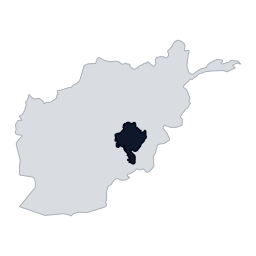 Ghazni on a map of Afghanistan (Natural Earth projection)
{"feature_id": "AFG-1757", "entity_name": "Ghazni", "entity_type": "Province", "adm_level": 1, "iso_a3": "AFG", "parent_name": "Afghanistan", "parent_adm1": "", "projection": "natural_earth1", "projection_center": [67.708, 33.141], "detail": "fine", "context": "in_parent", "style": "filled", "palette": "ink", "viewbox_px": 256, "rotation_deg": 0, "n_neighbors": 0, "source": "natural_earth", "source_scale": "10m", "svg_char_len": 7596}
<svg xmlns="http://www.w3.org/2000/svg" viewBox="0 0 256 256"><path d="M109.9,61.7L115.4,61.2L119.1,61.9L121.1,63.8L123.0,64.3L124.9,63.4L126.1,63.2L126.5,63.8L127.5,64.1L128.9,64.0L129.7,64.5L129.9,65.7L131.0,67.1L132.9,68.9L134.6,69.3L136.9,67.9L137.6,68.1L138.0,67.7L138.2,66.7L139.6,65.7L142.1,64.8L143.5,64.0L144.0,63.4L144.8,63.2L145.7,63.4L146.4,63.1L146.9,62.2L147.7,61.9L148.5,62.1L151.9,65.3L153.2,66.3L153.9,66.1L155.6,64.3L155.8,62.7L155.3,60.6L155.6,59.0L156.7,57.7L158.8,56.9L161.8,56.6L163.7,56.8L164.4,57.4L165.3,57.8L166.5,57.9L167.5,57.1L168.5,55.5L168.5,53.6L167.6,51.3L167.9,50.5L169.4,49.3L171.0,47.6L172.5,45.3L174.0,42.6L175.9,40.9L178.1,40.2L180.7,41.0L183.9,43.1L185.1,45.8L184.4,48.9L184.4,50.6L185.0,50.9L188.6,50.3L189.1,50.8L189.1,51.7L188.5,53.0L187.9,56.7L186.9,65.9L188.5,71.4L189.6,73.5L190.7,74.2L191.7,74.5L192.8,74.3L194.9,72.9L198.2,70.3L201.4,68.7L206.0,67.8L207.5,65.0L209.6,63.2L214.5,60.5L217.1,59.4L218.7,59.3L222.4,60.3L222.6,61.1L222.4,62.0L221.3,62.7L221.0,63.3L221.4,63.7L222.9,63.9L229.4,62.0L230.8,60.3L232.1,60.3L234.9,61.0L237.0,60.7L238.1,61.5L240.6,63.9L239.8,64.0L238.7,63.5L238.1,62.7L235.5,63.8L232.6,65.3L232.7,65.7L235.3,67.9L230.0,70.4L227.6,71.7L227.0,71.8L223.3,70.5L213.2,70.9L205.5,71.7L202.6,72.9L199.7,73.5L198.3,74.1L197.4,75.4L193.2,78.3L192.4,79.3L190.0,79.3L187.6,82.0L184.0,85.3L183.3,86.9L183.9,87.7L185.8,88.9L186.7,90.0L188.0,93.2L188.6,95.5L189.5,96.5L189.9,99.1L189.1,100.7L189.1,101.5L190.3,103.5L190.0,104.1L189.2,105.1L187.8,107.7L185.3,109.6L184.2,111.3L182.5,113.2L181.7,114.8L181.0,115.7L180.2,116.1L180.4,117.0L181.1,118.1L182.3,119.3L182.2,124.1L181.6,125.4L178.4,126.8L175.4,127.3L171.6,127.4L170.2,127.2L165.0,125.4L163.4,126.3L163.0,128.4L166.0,131.8L167.3,133.8L168.6,137.0L169.7,138.6L169.3,140.2L163.9,143.6L160.5,143.9L158.4,144.5L157.3,145.4L156.6,149.0L155.8,150.4L155.9,151.9L155.1,153.7L154.1,154.9L153.3,156.8L153.9,166.4L150.8,170.2L149.1,171.6L147.5,172.3L146.1,172.0L144.3,169.8L143.1,169.0L141.9,169.2L140.7,169.9L138.7,169.7L137.1,168.9L136.2,169.0L135.7,169.8L133.9,171.4L129.6,173.9L127.8,174.1L127.0,174.7L127.3,175.8L128.1,176.6L129.5,177.2L129.5,177.9L127.3,179.2L125.0,180.0L122.4,180.3L119.6,179.8L118.3,178.7L116.6,178.6L115.1,179.4L113.5,180.8L111.4,184.2L108.2,186.3L107.4,188.4L106.4,192.2L106.7,197.7L106.3,200.2L105.6,201.8L105.8,203.1L106.8,204.6L106.4,205.5L105.5,206.6L104.6,207.1L87.4,212.5L84.5,212.6L83.1,212.4L78.2,212.4L76.2,212.8L74.1,213.5L72.6,214.4L71.4,215.8L69.4,215.0L63.0,213.7L45.5,215.4L43.9,215.1L19.6,206.7L34.9,187.8L35.3,186.2L35.4,183.2L34.6,179.0L33.1,177.1L19.8,175.0L19.4,171.7L19.6,170.3L19.4,167.5L19.5,165.4L20.2,161.9L20.2,160.3L16.3,144.6L16.3,143.1L18.9,139.5L22.1,136.0L21.9,135.3L20.3,135.0L18.0,134.9L16.7,134.4L15.7,133.4L15.4,132.0L16.1,129.5L15.5,124.6L18.1,120.5L21.9,120.2L20.0,117.2L19.6,116.9L19.5,116.4L19.7,115.9L20.7,115.7L23.0,113.7L23.2,112.7L25.1,109.8L25.0,108.6L26.3,105.2L25.7,103.0L25.6,101.8L27.0,101.0L28.0,97.9L28.5,97.1L28.6,96.3L28.3,95.1L29.6,94.9L30.8,96.5L32.6,98.2L33.8,98.7L35.4,98.9L38.8,98.4L39.5,98.5L43.0,101.4L43.7,102.2L43.9,103.4L44.5,103.7L45.7,102.6L46.9,102.2L49.2,102.5L50.5,102.1L56.3,98.4L56.8,96.0L57.3,94.7L58.1,93.9L57.2,91.2L57.5,90.7L58.3,90.4L60.2,90.4L69.0,87.5L71.3,87.5L71.8,87.2L72.0,86.4L72.6,85.5L76.8,83.3L79.2,81.1L80.1,79.4L84.1,65.8L86.2,64.6L88.4,63.8L95.6,63.5L97.0,59.3L97.6,58.3L98.9,57.4L104.2,60.3L109.9,61.7Z" fill="#d9dde1" stroke="#a8b0b8" stroke-width="1"/><path d="M115.8,141.0L115.4,141.0L115.2,140.3L115.3,139.4L115.4,139.1L115.5,139.1L115.5,138.9L115.6,138.1L115.6,137.8L115.6,137.7L115.7,137.0L115.2,135.6L115.2,135.2L115.4,134.5L115.6,134.3L115.9,134.2L117.3,133.6L118.1,133.4L118.5,133.4L120.1,132.9L120.4,132.8L120.8,132.5L121.0,132.2L121.1,131.9L121.3,131.7L121.5,131.5L122.4,130.6L122.8,130.3L123.3,129.5L123.4,129.4L123.5,129.3L123.9,129.1L123.9,128.9L123.7,128.2L123.6,127.9L123.5,127.7L123.3,127.6L123.1,127.5L123.1,127.4L123.2,127.2L123.3,127.0L123.4,126.9L123.6,126.4L123.7,126.2L123.7,125.9L123.4,125.7L123.7,124.9L123.9,124.5L124.1,124.2L124.7,123.7L125.4,123.8L125.7,123.8L126.2,123.6L126.3,123.6L126.4,123.1L126.5,123.0L126.6,122.9L126.8,122.7L127.0,122.6L128.1,122.4L128.5,122.4L129.0,122.5L129.6,122.7L130.0,123.0L130.4,123.4L130.6,123.5L130.8,123.6L131.6,123.6L131.8,123.6L132.0,123.6L133.0,123.2L133.4,123.0L133.7,122.8L133.8,122.7L134.1,122.5L134.5,122.6L135.2,123.2L135.3,123.4L135.4,123.6L135.6,124.4L135.6,124.6L135.5,124.9L135.6,125.0L135.6,125.4L135.6,125.5L135.6,125.8L135.6,126.0L135.8,126.7L135.8,126.9L135.9,127.3L136.1,127.4L136.3,127.4L137.3,127.8L137.5,128.2L138.3,128.7L138.5,128.9L138.6,129.0L139.9,130.5L140.0,130.6L140.3,130.6L140.5,130.6L140.8,130.5L141.0,131.0L140.8,131.6L140.7,131.9L140.7,132.1L140.8,132.2L140.8,132.3L141.0,132.4L141.2,132.5L141.8,132.7L142.0,132.7L142.4,132.6L143.7,131.8L143.8,131.7L144.5,130.9L144.8,130.5L145.3,130.7L145.4,130.8L145.5,130.9L145.5,131.0L145.6,131.4L145.8,131.8L145.8,132.0L145.6,132.1L145.5,132.3L145.4,132.5L145.4,132.8L145.5,132.8L145.6,133.0L145.6,133.3L145.8,133.5L145.8,133.9L145.8,134.6L145.8,135.3L145.8,135.7L145.9,135.9L146.1,136.2L146.2,136.6L146.3,136.8L146.2,137.0L145.9,137.8L145.8,138.2L145.7,138.2L144.6,139.2L144.5,139.5L144.3,140.0L144.2,140.4L144.1,140.7L144.0,141.0L143.8,141.3L142.9,142.4L141.4,143.5L141.2,143.8L141.1,144.0L140.4,146.3L139.7,147.0L139.4,147.6L138.3,148.6L138.1,148.8L138.0,149.0L137.9,149.0L137.9,149.5L137.3,150.2L136.7,150.7L136.5,150.8L136.1,151.0L135.7,151.1L134.7,151.2L134.4,151.2L134.2,151.1L133.6,150.7L132.2,149.3L131.4,150.3L130.8,151.5L130.7,151.7L130.7,151.8L131.1,152.1L132.5,153.3L132.7,153.8L132.8,154.0L133.3,154.3L134.0,155.0L134.4,155.2L134.5,155.3L134.9,156.4L135.0,157.0L135.1,157.3L135.1,157.5L134.9,157.9L134.9,158.1L134.9,158.3L135.0,159.1L135.0,159.8L134.8,160.1L134.7,160.3L134.8,160.6L135.0,161.4L135.0,161.5L134.9,162.2L134.5,163.3L133.9,163.7L132.7,163.8L132.6,163.7L132.4,163.7L132.2,163.5L132.0,163.3L131.5,163.0L131.2,162.7L130.7,162.6L129.7,162.4L129.4,162.2L129.2,162.1L129.2,161.9L129.2,161.7L129.3,161.0L129.3,160.8L129.2,160.7L129.0,160.4L128.9,160.3L128.8,160.2L128.7,160.2L128.0,160.3L127.9,160.3L127.8,160.2L127.8,159.7L128.0,159.3L128.1,159.2L128.3,159.1L128.5,159.2L128.8,159.2L129.3,159.0L129.6,158.7L129.9,158.5L130.1,158.3L130.1,158.1L130.2,157.9L130.1,157.7L129.5,157.2L129.3,157.2L128.7,157.1L128.5,156.3L128.3,156.0L127.3,155.2L128.3,154.0L128.3,153.9L127.8,153.6L127.6,153.5L125.2,151.0L125.2,150.9L125.1,150.7L124.7,150.3L124.3,149.7L124.2,149.5L124.2,149.2L124.3,149.1L124.4,148.9L124.5,148.8L124.8,148.8L124.8,148.7L124.7,148.4L124.0,148.1L123.9,148.0L123.8,147.8L123.8,147.7L124.5,147.2L124.8,146.9L124.8,146.7L124.7,146.5L124.7,146.4L124.6,146.2L124.5,145.9L124.6,145.7L124.3,145.6L124.2,145.7L123.9,146.1L123.7,146.4L123.6,146.6L123.4,146.7L123.3,146.8L123.2,146.8L122.7,146.8L122.4,146.8L122.3,146.6L122.2,146.6L121.9,146.5L121.9,146.4L121.9,146.2L121.6,146.0L121.1,146.1L120.9,145.9L120.7,145.7L120.6,145.3L120.6,144.9L120.5,144.7L120.4,144.7L119.8,144.5L119.4,144.6L119.2,144.6L119.0,144.8L119.0,145.0L119.1,145.3L119.3,145.6L119.4,145.8L119.3,146.1L119.0,146.5L118.8,146.9L118.8,147.0L118.7,147.1L118.1,147.2L117.9,147.1L117.1,146.9L116.9,146.8L116.8,146.7L116.6,146.5L116.5,146.2L116.5,145.9L116.4,145.2L116.4,144.8L116.4,144.6L116.5,144.5L116.5,144.4L116.4,143.8L116.5,143.6L116.5,143.3L116.5,143.2L117.2,142.7L117.3,142.5L117.4,142.3L117.5,142.2L117.8,142.0L117.9,141.8L117.9,141.7L117.9,141.4L117.8,141.2L117.7,141.0L117.4,140.9L115.8,141.0Z" fill="#0f172a" stroke="#020617" stroke-width="1.5"/></svg>